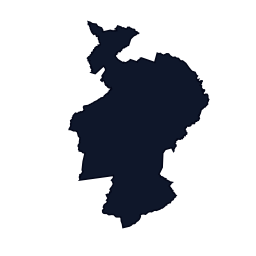 Kazungula, Southern, Zambia, rotated 197°
{"feature_id": "96606910B95953051402599", "entity_name": "Kazungula", "entity_type": "district", "adm_level": 2, "iso_a3": "ZMB", "parent_name": "Zambia", "parent_adm1": "Southern", "projection": "mercator", "projection_center": [25.557, -17.051], "detail": "fine", "context": "isolated", "style": "filled", "palette": "ink", "viewbox_px": 256, "rotation_deg": 197, "n_neighbors": 0, "source": "geoboundaries", "source_scale": "gbopen_adm2", "svg_char_len": 5845}
<svg xmlns="http://www.w3.org/2000/svg" viewBox="0 0 256 256"><g transform="rotate(197 128 128)"><path d="M103.7,31.3L97.9,34.7L96.5,36.1L95.6,38.0L94.3,38.3L93.5,38.9L92.6,41.2L91.6,42.1L90.6,44.2L90.3,46.8L91.0,48.2L89.9,49.7L87.9,50.5L86.0,50.7L84.0,53.7L82.2,54.7L81.2,54.7L80.6,55.1L80.5,55.8L79.9,55.8L79.2,56.8L77.6,57.5L76.8,57.5L73.7,59.9L72.5,61.4L71.8,61.5L70.1,64.0L69.8,65.2L68.7,65.7L69.0,66.4L66.9,68.5L65.8,68.9L65.5,71.3L64.0,72.6L63.8,73.8L64.1,74.2L62.5,76.1L62.8,76.9L62.3,77.5L63.8,78.0L63.8,78.4L64.8,79.2L65.5,79.0L65.7,79.8L66.5,79.9L67.4,80.5L67.0,81.4L68.5,81.7L68.7,82.3L68.9,82.1L69.8,82.8L69.9,83.4L71.5,84.3L71.6,85.5L70.9,86.3L70.8,87.5L69.8,88.9L72.7,88.6L73.0,89.0L77.8,89.8L77.3,90.5L78.8,90.5L80.6,91.2L82.1,91.2L82.6,90.8L83.3,92.0L85.0,92.8L83.8,100.4L87.4,114.1L86.1,118.4L80.5,122.0L77.6,118.9L77.4,119.4L77.7,120.2L78.1,120.1L78.3,120.5L77.7,121.9L77.6,123.2L76.8,124.8L77.2,125.8L77.9,125.9L78.9,126.8L78.3,128.1L78.8,129.4L78.6,129.9L77.8,130.5L77.6,131.1L78.0,131.3L77.7,131.9L74.6,132.6L74.0,134.1L73.2,133.6L72.9,133.8L73.0,134.8L72.3,135.4L72.4,136.0L72.7,136.0L72.6,136.8L71.8,137.8L71.2,137.5L71.1,138.7L70.2,139.3L70.4,140.6L71.5,140.9L71.8,142.0L72.8,142.2L73.3,145.2L72.5,145.4L72.4,146.4L71.7,147.5L71.0,147.8L70.5,147.5L69.0,148.4L68.7,148.9L69.0,149.6L68.9,150.1L68.2,150.5L68.1,151.7L67.5,151.7L67.1,151.3L65.8,151.7L65.8,153.4L65.3,154.3L64.4,154.5L64.3,155.1L63.0,155.9L62.6,157.9L63.3,158.1L63.1,159.0L64.1,159.8L64.1,160.3L63.5,160.7L63.9,161.4L63.6,161.5L63.3,162.7L63.4,167.3L62.4,168.1L61.5,170.1L60.4,170.8L60.4,171.4L59.5,172.7L59.4,173.7L58.9,174.1L59.6,175.7L59.2,177.6L59.7,177.9L59.2,178.9L60.3,179.6L61.2,182.4L62.1,183.3L63.5,183.1L64.2,182.0L66.3,182.7L66.6,183.7L65.8,185.7L65.9,186.6L66.4,186.8L66.9,186.6L67.1,185.0L68.0,185.2L68.1,186.7L69.6,187.8L70.1,189.9L71.5,190.1L70.9,192.2L71.0,192.7L71.7,192.8L70.7,194.2L70.8,194.7L71.9,194.5L73.4,193.1L74.5,193.2L74.9,193.7L74.7,195.0L75.6,194.3L76.1,194.3L77.1,195.6L77.3,196.7L76.8,198.1L78.1,198.5L80.1,200.8L83.7,200.9L87.5,203.4L91.6,206.6L95.4,208.1L97.4,207.4L100.1,209.3L102.2,208.9L103.7,209.5L105.8,208.4L109.1,209.4L110.4,210.5L111.2,210.7L112.7,210.3L115.1,208.0L117.7,208.2L118.6,208.8L120.4,208.0L121.9,208.1L121.6,198.4L135.7,198.9L136.6,198.3L136.3,197.4L137.4,196.6L137.5,195.9L138.0,195.7L138.4,194.8L138.3,193.8L145.8,194.0L145.9,193.1L149.1,189.7L151.5,189.5L151.6,188.8L157.8,190.4L161.2,192.8L161.5,194.1L160.5,195.2L161.0,195.5L160.8,196.7L160.1,196.8L160.4,197.6L158.8,199.0L158.5,198.6L157.8,198.8L157.6,200.3L157.0,200.6L157.1,201.3L156.6,202.9L155.0,203.8L155.1,204.3L154.6,204.4L154.5,205.2L153.6,205.3L152.7,206.7L151.7,207.2L151.6,214.1L149.6,217.8L147.6,219.6L147.0,220.9L145.0,221.8L147.2,221.9L147.0,222.2L147.4,222.5L148.6,222.4L150.1,222.8L150.2,223.7L150.8,224.1L153.0,223.7L153.8,224.1L155.0,224.0L156.0,224.7L157.8,224.1L157.9,222.7L158.9,222.1L162.0,222.4L163.0,221.6L164.0,222.5L167.7,222.6L168.1,220.4L169.1,219.1L167.8,219.1L167.3,217.8L168.0,217.7L168.7,216.9L169.4,217.0L171.1,216.2L171.9,216.5L172.4,216.0L173.4,216.3L179.9,212.6L180.8,213.2L180.7,214.1L182.6,216.0L186.7,216.2L188.8,218.0L192.6,217.3L195.1,218.0L197.1,218.0L196.3,216.8L196.5,216.2L196.2,215.3L195.6,215.3L195.2,215.9L194.7,215.7L194.5,214.3L193.5,213.2L193.2,212.3L191.1,209.7L190.4,209.7L190.4,208.9L188.1,207.5L187.4,208.2L186.2,208.4L184.9,206.5L184.1,206.5L183.2,207.1L182.5,206.3L182.4,204.6L181.0,203.1L180.6,201.8L179.6,201.4L178.9,199.9L178.9,199.4L180.7,198.5L180.0,197.8L180.2,197.0L182.1,196.5L182.1,195.8L183.0,194.9L183.1,194.5L182.3,193.6L182.5,193.1L183.6,192.8L183.7,191.9L183.3,191.1L183.8,190.0L184.3,190.1L184.8,189.6L184.7,189.1L184.0,188.9L184.0,188.4L185.4,186.6L185.2,185.4L186.3,184.7L187.2,182.9L185.9,181.9L185.8,180.9L185.3,181.1L184.8,180.6L184.3,180.8L184.5,179.8L181.8,177.1L181.0,175.9L181.7,175.6L180.6,174.3L180.0,174.4L179.6,173.5L179.2,173.4L179.6,172.5L178.6,171.5L179.5,170.4L175.3,170.4L169.5,180.3L166.8,178.2L166.2,176.3L168.0,170.4L167.0,170.2L167.5,169.3L166.8,168.9L166.7,168.3L168.0,166.5L168.0,165.8L166.4,165.1L166.0,166.3L164.8,166.2L163.4,164.7L163.1,164.7L162.6,163.3L161.6,162.4L160.2,162.7L160.2,162.0L159.8,162.0L159.4,161.3L158.6,161.4L158.0,160.9L156.5,161.2L155.9,161.7L155.1,160.6L155.9,159.7L155.7,158.9L156.7,158.4L156.6,156.6L157.3,156.3L157.2,154.8L158.0,154.7L159.1,153.4L159.3,152.3L159.7,152.3L160.1,151.5L160.0,151.0L160.4,150.0L162.7,148.7L162.9,148.0L164.2,146.9L164.3,146.3L164.7,146.2L164.9,145.5L168.0,142.8L168.2,142.1L169.9,140.7L170.8,139.5L171.8,139.0L172.0,138.2L176.4,136.1L176.7,135.0L175.0,132.2L175.3,132.2L176.0,130.3L176.8,130.1L177.1,129.5L178.2,129.5L178.3,128.8L179.4,128.7L179.9,127.7L181.3,126.8L182.6,126.8L184.0,123.8L183.7,122.9L184.2,121.8L183.7,120.6L183.8,120.0L185.0,118.3L184.0,116.5L184.1,115.1L183.3,113.5L183.4,111.8L183.9,110.4L183.8,109.4L182.3,109.8L179.2,109.4L177.3,110.0L175.2,109.5L173.0,105.8L171.0,104.6L170.3,100.4L169.9,100.1L170.0,98.1L170.5,97.2L170.3,96.0L169.1,95.0L168.9,93.0L168.1,92.6L167.9,91.8L165.3,92.2L164.2,91.3L161.7,91.4L161.1,82.8L159.5,74.4L158.6,73.8L158.8,73.5L158.2,72.9L158.9,71.2L158.9,70.3L160.1,69.5L159.3,68.6L159.3,68.3L160.0,68.4L159.7,67.6L160.1,67.6L160.1,67.0L159.9,66.5L159.5,66.6L159.1,65.0L158.6,64.6L158.8,64.2L128.1,78.4L127.4,76.7L127.3,75.7L128.5,73.2L127.3,72.6L126.5,71.5L126.1,71.5L125.6,69.5L126.2,66.9L127.1,64.7L127.1,63.9L125.8,63.0L125.6,62.2L126.7,61.4L126.5,60.0L127.0,58.8L127.9,58.8L129.2,57.8L127.9,56.3L126.6,55.4L126.7,54.2L127.3,52.7L126.8,52.6L126.0,51.2L126.5,49.7L127.6,48.5L128.3,47.3L128.4,45.1L127.2,44.0L127.1,43.6L128.2,41.9L127.6,40.2L126.6,39.5L125.0,39.6L123.7,40.2L120.9,39.5L118.5,40.6L116.2,41.1L113.8,39.7L113.0,39.7L109.2,40.8L108.2,39.8L107.2,37.1L105.2,34.4L103.7,31.3Z" fill="#0f172a" stroke="#020617" stroke-width="1.5"/></g></svg>